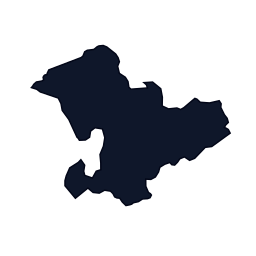 the border of Heves, rotated 189°
{"feature_id": "HUN-3174", "entity_name": "Heves", "entity_type": "County", "adm_level": 1, "iso_a3": "HUN", "parent_name": "Hungary", "parent_adm1": "", "projection": "robinson", "projection_center": [20.209, 47.788], "detail": "fine", "context": "isolated", "style": "filled", "palette": "ink", "viewbox_px": 256, "rotation_deg": 189, "n_neighbors": 0, "source": "natural_earth", "source_scale": "10m", "svg_char_len": 1632}
<svg xmlns="http://www.w3.org/2000/svg" viewBox="0 0 256 256"><g transform="rotate(189 128 128)"><path d="M229.7,152.8L228.7,154.4L227.9,156.4L225.7,159.1L220.5,160.9L218.8,162.3L219.8,164.8L219.3,166.2L218.7,167.1L217.9,167.6L216.4,167.9L216.4,169.2L215.3,173.0L185.2,190.3L183.7,192.1L182.7,196.5L180.4,198.4L174.2,200.2L173.3,201.0L171.2,203.4L169.6,204.5L165.4,205.6L161.6,204.7L151.8,199.2L148.8,195.9L146.9,192.1L147.9,187.4L145.1,180.6L138.6,177.7L135.3,173.9L133.5,168.3L131.1,166.8L115.0,170.6L116.6,173.6L119.3,175.3L110.9,177.2L101.8,171.9L98.9,163.8L97.7,155.1L91.0,153.2L82.8,155.4L78.9,154.5L76.0,156.8L66.6,167.7L64.5,167.3L60.7,164.7L51.4,165.5L42.2,169.2L39.8,166.5L39.6,162.9L34.9,156.2L31.6,153.1L29.8,149.2L31.9,146.4L32.9,143.6L30.8,143.1L28.7,142.2L26.3,138.9L42.4,122.8L48.7,121.0L57.4,108.5L62.1,105.7L67.7,108.3L72.0,105.7L73.8,101.9L76.1,98.7L79.0,98.6L81.3,100.5L86.0,98.0L90.4,94.2L91.0,89.3L93.3,83.9L97.4,80.8L102.5,80.3L101.3,73.2L97.7,67.5L95.6,66.6L94.4,65.4L95.3,62.6L97.6,61.3L102.5,60.2L106.2,56.9L111.0,55.0L112.4,53.4L114.1,52.5L117.9,51.1L122.0,54.0L125.2,57.4L128.0,57.2L130.4,57.9L132.6,60.9L135.4,62.9L141.4,62.9L146.2,59.2L152.4,58.9L158.2,62.4L169.0,50.4L178.2,58.5L181.2,61.1L182.0,66.1L181.5,71.0L179.3,79.5L171.7,86.2L169.6,89.3L165.0,84.5L165.0,78.4L163.3,74.4L155.3,73.0L152.6,80.4L148.3,82.5L149.4,89.2L151.5,97.4L149.4,106.2L149.4,114.9L153.1,123.1L160.7,123.1L164.5,119.0L164.5,112.9L168.2,109.5L174.1,108.3L175.6,110.1L176.9,110.9L187.8,127.2L195.7,135.1L198.0,141.7L201.6,146.7L220.3,149.9L224.2,152.0L229.7,152.8Z" fill="#0f172a" stroke="#020617" stroke-width="1.5"/></g></svg>